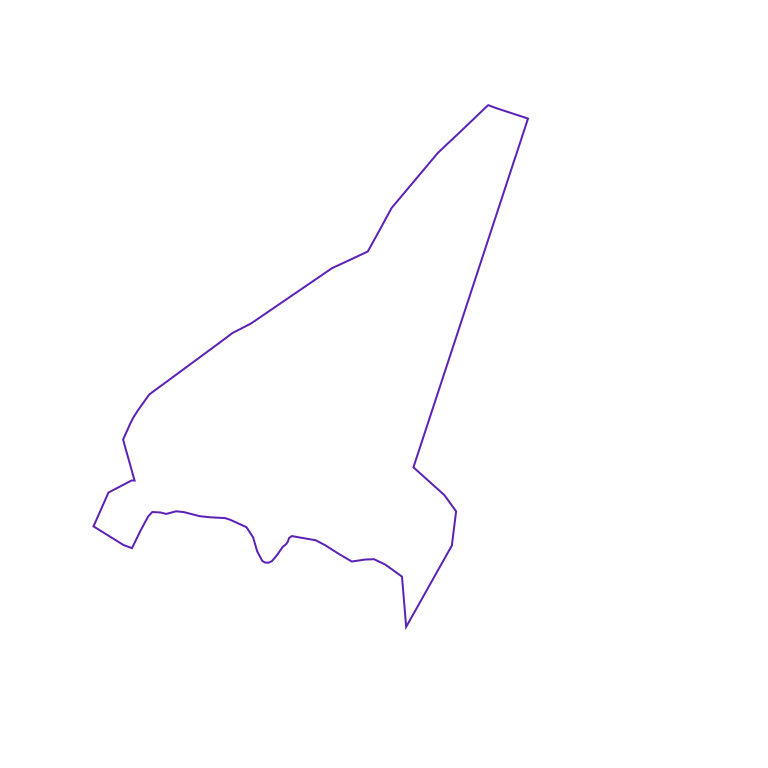 outline of Shattaya, Central Darfur, Sudan, rotated 40°
{"feature_id": "16777658B37888835972570", "entity_name": "Shattaya", "entity_type": "district", "adm_level": 2, "iso_a3": "SDN", "parent_name": "Sudan", "parent_adm1": "Central Darfur", "projection": "orthographic", "projection_center": [23.815, 12.332], "detail": "fine", "context": "isolated", "style": "outline", "palette": "violet", "viewbox_px": 768, "rotation_deg": 40, "n_neighbors": 0, "source": "geoboundaries", "source_scale": "gbopen_adm2", "svg_char_len": 1519}
<svg xmlns="http://www.w3.org/2000/svg" viewBox="0 0 768 768"><g transform="rotate(40 384 384)"><path d="M323.7,88.1L293.3,100.3L287.7,102.3L285.3,103.1L284.8,103.3L284.6,103.4L284.5,104.2L284.4,104.7L284.3,105.4L284.1,107.0L283.9,108.9L283.3,114.5L281.5,130.8L279.5,148.8L278.1,160.0L277.1,169.0L277.0,170.4L276.7,172.8L276.7,175.8L276.7,205.8L276.7,232.1L276.7,235.8L276.7,236.3L276.7,239.8L276.7,244.5L282.2,271.4L286.4,293.0L269.7,328.7L245.6,414.7L245.6,414.8L243.2,423.1L243.0,423.6L235.1,442.5L234.9,443.3L232.7,453.0L223.7,490.2L215.2,525.3L212.2,537.4L210.9,543.0L212.4,562.1L213.3,569.0L213.5,570.5L213.6,571.1L215.1,577.6L216.8,583.4L218.7,590.2L219.1,591.7L219.2,592.0L219.5,593.1L219.8,594.1L219.9,594.3L223.1,596.5L224.6,597.6L236.4,605.6L241.9,609.3L244.1,610.9L244.6,611.2L245.8,612.0L247.7,613.3L249.1,614.3L249.5,614.6L250.4,615.2L251.4,615.8L255.0,618.3L252.6,620.2L247.3,633.1L242.7,644.3L253.0,679.8L255.7,679.4L287.9,674.8L296.4,671.8L295.7,668.7L292.7,656.7L292.0,654.0L288.5,637.3L288.8,631.0L295.5,626.0L300.6,623.6L306.6,615.1L313.2,610.7L327.8,603.7L336.3,598.0L348.4,588.9L353.3,586.9L370.7,582.1L382.3,585.6L394.4,593.7L404.4,597.7L407.6,597.3L410.4,595.1L412.0,591.8L412.0,583.5L411.1,574.0L412.0,569.3L411.7,566.6L410.3,563.1L411.1,559.8L432.1,547.6L442.6,545.3L459.3,543.1L473.4,540.7L482.5,530.5L489.0,524.6L501.2,521.5L521.6,520.0L557.1,555.8L539.8,464.1L521.1,435.2L501.6,430.3L460.1,428.9L340.8,130.9L337.9,123.5L323.7,88.1Z" fill="none" stroke="#5b21b6" stroke-width="2"/></g></svg>